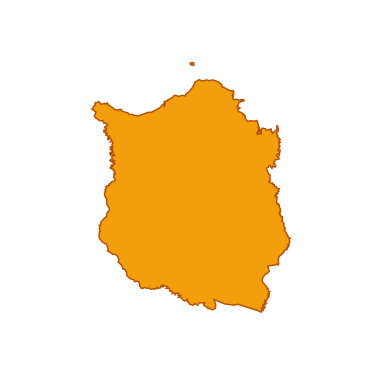 Waropen, Papua, Indonesia, rotated 41°
{"feature_id": "22746128B12986554349068", "entity_name": "Waropen", "entity_type": "district", "adm_level": 2, "iso_a3": "IDN", "parent_name": "Indonesia", "parent_adm1": "Papua", "projection": "albers", "projection_center": [136.631, -2.729], "detail": "fine", "context": "isolated", "style": "filled", "palette": "amber", "viewbox_px": 384, "rotation_deg": 41, "n_neighbors": 0, "source": "geoboundaries", "source_scale": "gbopen_adm2", "svg_char_len": 6033}
<svg xmlns="http://www.w3.org/2000/svg" viewBox="0 0 384 384"><g transform="rotate(41 192 192)"><path d="M227.4,290.2L227.7,288.9L229.0,287.9L228.3,286.8L229.7,286.7L231.0,285.2L230.3,283.2L230.8,280.8L231.3,282.9L231.9,283.1L232.8,280.7L235.7,279.6L236.3,279.8L235.9,281.5L238.4,279.7L240.1,281.4L241.9,280.0L243.7,281.8L244.9,279.5L246.7,280.6L246.7,278.8L248.0,277.3L248.7,277.3L249.3,279.2L250.0,279.2L250.5,277.8L251.6,277.6L251.1,280.2L252.5,279.0L257.2,279.4L258.1,278.9L258.6,276.1L259.6,276.2L260.0,277.7L262.3,277.6L263.8,278.3L267.0,276.8L267.7,274.0L269.8,274.1L270.6,273.5L270.2,270.8L274.4,267.4L274.6,269.3L275.8,269.8L279.0,269.1L280.9,269.5L281.7,268.0L283.7,268.1L284.9,267.3L285.9,264.3L283.4,261.1L279.1,258.8L290.2,254.9L297.8,249.9L300.1,246.8L319.7,238.2L323.0,237.4L322.3,235.9L323.3,235.1L320.9,234.1L323.7,233.5L322.5,233.2L322.7,231.1L320.7,232.1L319.8,230.9L321.1,230.6L320.1,229.6L321.4,228.8L319.7,228.0L320.9,227.0L319.1,226.9L318.0,225.9L319.7,225.0L318.8,223.6L319.0,220.7L317.5,220.9L317.8,219.0L317.1,218.0L316.1,218.7L316.0,216.5L315.5,217.1L313.4,215.3L312.0,215.0L312.0,215.8L311.2,214.7L304.7,213.8L302.9,212.6L301.6,210.2L301.2,204.9L302.3,203.9L302.2,201.2L297.8,198.1L303.0,192.0L303.6,190.3L304.3,190.8L305.1,190.1L301.1,185.9L300.1,183.7L300.8,177.4L300.0,174.5L301.4,173.2L300.3,172.2L300.1,171.5L301.0,171.9L300.6,170.4L300.1,170.4L300.3,169.3L299.5,168.8L300.1,168.4L299.2,167.7L298.8,168.1L298.7,165.5L295.5,163.3L296.2,162.6L293.0,162.9L292.8,162.0L287.1,160.3L286.7,158.7L283.4,157.1L282.3,155.6L278.7,154.8L278.6,153.8L277.5,153.2L277.6,152.5L276.8,152.4L276.4,151.5L274.1,152.0L273.7,151.0L273.3,151.4L272.1,150.4L271.6,150.7L271.6,148.2L270.7,148.3L269.5,146.5L267.3,145.9L266.7,144.8L264.9,144.2L264.5,145.3L262.5,144.2L259.4,139.9L258.5,140.7L257.9,139.6L257.1,140.4L256.6,138.1L257.6,138.1L257.9,136.9L256.8,136.6L257.1,134.5L256.0,134.7L255.7,132.1L253.9,133.4L251.4,132.8L250.6,133.8L249.2,132.5L247.8,133.1L247.1,132.3L245.2,133.9L243.3,133.7L243.8,131.9L242.0,131.1L240.2,128.2L239.5,127.8L238.8,128.4L233.5,126.0L232.5,124.9L233.3,123.4L232.9,121.4L234.0,120.5L235.7,121.6L236.9,121.6L236.1,119.3L238.3,118.8L238.0,117.2L235.7,116.4L235.1,117.1L233.9,115.8L234.5,115.0L233.7,113.4L236.1,109.8L234.9,109.6L234.1,108.5L232.8,109.3L231.5,108.6L231.9,106.5L233.6,106.9L231.4,102.9L230.9,103.8L229.8,103.0L230.2,104.0L229.4,104.2L229.0,101.0L227.9,100.5L228.1,99.6L226.8,99.7L225.9,97.9L226.0,96.5L224.7,97.1L224.1,94.7L223.4,95.2L222.8,94.3L222.1,95.0L220.2,93.9L219.2,94.2L219.4,93.1L218.5,93.0L216.8,91.2L217.0,89.4L216.1,87.9L213.2,86.0L212.7,86.4L215.0,89.2L214.4,94.6L214.2,95.0L213.3,94.0L212.1,94.5L210.5,92.6L207.4,96.9L206.0,96.1L203.2,97.7L203.1,99.4L203.9,99.7L204.5,101.2L206.2,102.6L205.8,102.9L204.1,101.3L203.3,102.8L202.0,102.8L203.0,105.3L203.9,105.4L204.1,104.3L204.9,104.1L203.7,105.6L202.9,105.4L202.2,104.2L201.3,100.9L200.6,101.5L201.1,100.6L200.6,99.5L199.9,100.0L198.8,99.7L200.1,99.4L194.9,95.8L193.6,95.8L193.0,97.4L189.8,99.5L187.5,102.2L183.9,101.4L181.3,99.3L180.6,99.4L180.3,100.4L179.2,99.5L177.4,99.5L174.0,100.9L172.7,99.2L172.8,98.1L171.6,99.8L172.7,97.5L171.3,98.3L170.6,98.0L170.9,97.6L170.0,97.7L168.9,94.1L170.1,90.7L171.5,89.3L171.2,88.6L169.8,88.8L169.2,89.7L168.5,89.4L169.3,90.3L169.1,91.3L169.0,90.3L168.2,90.3L168.0,91.6L165.0,92.6L162.8,95.0L161.0,94.6L160.5,92.5L159.3,92.8L159.4,90.9L158.6,91.4L157.7,88.7L156.2,88.7L154.7,90.5L146.9,92.3L146.2,93.1L144.3,91.6L140.6,91.3L136.3,92.8L133.9,94.1L131.8,96.8L129.4,97.9L127.2,101.3L123.6,102.7L122.2,106.7L123.6,111.6L124.0,117.6L123.2,121.9L124.1,123.7L121.6,125.1L118.9,128.8L116.3,129.7L115.2,131.0L115.2,133.7L113.3,138.2L113.8,138.7L111.8,142.0L113.7,143.0L114.5,145.1L112.7,143.7L112.4,149.5L109.7,156.9L108.4,159.4L107.2,159.9L101.5,169.8L98.0,172.2L96.2,172.4L93.5,174.9L91.7,174.3L86.5,176.9L84.4,176.0L82.4,178.4L82.9,179.0L80.0,180.2L71.4,181.1L69.7,180.3L69.2,182.3L68.2,182.2L65.8,185.5L62.4,184.8L62.0,186.4L60.3,188.0L62.1,190.6L61.4,191.7L62.5,194.3L62.0,195.2L67.0,194.6L68.4,198.6L70.5,199.3L75.9,198.7L77.9,196.6L80.4,197.9L81.3,196.7L84.5,196.4L83.5,200.2L84.2,200.8L85.4,200.1L86.5,200.7L86.6,201.6L85.0,203.0L86.2,205.1L85.8,202.8L86.5,202.4L88.1,204.4L89.3,203.2L89.9,203.6L89.8,205.5L92.0,204.9L92.7,204.0L93.6,204.4L93.9,205.1L92.8,205.8L93.5,207.4L94.6,207.4L94.8,205.1L97.7,205.6L97.5,207.4L98.1,206.6L100.2,206.7L100.4,208.7L102.5,209.8L101.1,211.0L101.0,211.9L102.4,211.1L103.5,211.6L102.3,212.6L102.5,213.5L103.6,213.4L104.4,212.3L105.2,213.4L107.1,213.6L105.4,214.1L104.4,215.8L104.6,216.9L106.7,217.6L106.7,216.9L105.1,216.0L105.3,215.1L107.1,216.1L108.6,214.9L109.6,215.1L108.6,216.0L108.5,218.2L110.9,220.1L110.7,220.8L109.2,221.1L109.5,222.1L110.7,222.1L111.9,219.2L112.9,219.2L111.9,221.6L112.4,221.9L113.5,220.8L115.3,221.2L114.1,222.1L114.8,223.4L113.7,224.5L115.4,225.0L115.1,225.9L113.9,226.3L114.6,227.5L115.1,227.6L115.0,226.7L116.1,227.1L117.2,226.3L118.5,227.5L119.2,227.4L119.4,226.8L120.9,227.3L121.0,228.3L121.7,228.3L121.0,228.6L121.3,229.8L122.1,229.0L123.0,232.3L125.9,232.8L126.2,235.0L124.6,236.9L124.9,238.4L124.3,240.1L125.0,240.5L124.0,241.7L125.0,240.8L125.2,242.0L123.9,243.0L123.6,245.0L125.3,245.6L124.9,247.4L125.9,247.9L126.5,250.0L128.5,252.0L132.3,253.4L135.9,257.2L139.9,258.5L141.9,260.3L141.4,263.1L143.6,266.8L142.9,269.9L143.0,274.3L144.6,276.8L143.9,278.0L144.9,278.0L145.9,280.2L148.3,281.7L148.4,283.1L151.8,287.4L156.1,288.5L160.4,288.1L161.5,287.4L166.2,290.0L166.8,291.7L167.5,292.0L170.5,291.1L173.0,291.2L175.2,289.3L178.4,289.4L181.7,291.6L182.4,293.4L186.9,293.4L190.9,295.4L192.2,294.4L195.3,295.5L197.1,297.6L198.7,298.0L202.5,297.9L206.3,296.3L207.4,297.3L209.6,294.9L212.0,294.9L214.1,297.1L217.0,297.9L218.4,296.6L218.5,295.5L221.4,294.1L222.2,292.9L225.0,292.3L226.0,290.4L227.4,290.2ZM110.2,94.9L108.4,93.4L106.5,95.1L106.2,96.2L107.4,96.9L109.6,95.9L110.2,94.9ZM204.2,101.0L202.9,99.7L201.6,100.8L202.0,102.1L203.0,101.0L204.2,101.0Z" fill="#f59e0b" stroke="#b45309" stroke-width="1.5"/></g></svg>